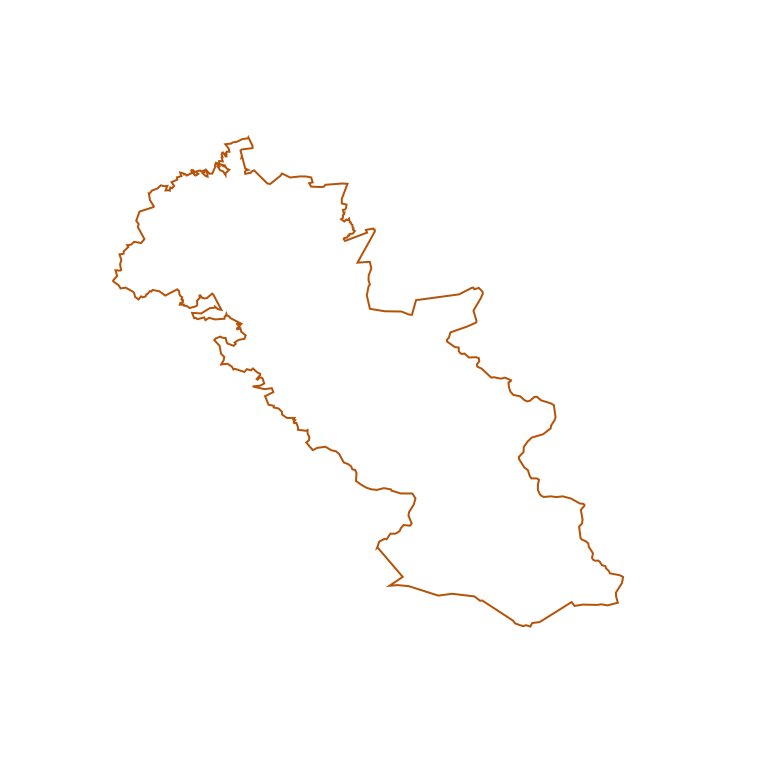 outline of Jalpan de Serra, Querétaro, Mexico, rotated 109°
{"feature_id": "50627088B24192997994058", "entity_name": "Jalpan de Serra", "entity_type": "district", "adm_level": 2, "iso_a3": "MEX", "parent_name": "Mexico", "parent_adm1": "Querétaro", "projection": "robinson", "projection_center": [-99.37, 21.384], "detail": "fine", "context": "isolated", "style": "outline", "palette": "amber", "viewbox_px": 768, "rotation_deg": 109, "n_neighbors": 0, "source": "geoboundaries", "source_scale": "gbopen_adm2", "svg_char_len": 6160}
<svg xmlns="http://www.w3.org/2000/svg" viewBox="0 0 768 768"><g transform="rotate(109 384 384)"><path d="M384.0,643.7L380.2,642.2L380.6,640.3L378.9,638.0L376.6,637.9L376.2,637.0L372.4,635.6L372.4,634.2L370.4,633.4L369.5,626.5L371.6,619.6L361.8,610.3L363.0,607.9L365.7,606.7L367.2,604.9L367.6,603.1L369.6,603.1L369.6,602.0L370.7,602.0L370.7,601.1L372.4,600.8L373.9,603.0L375.5,602.9L374.1,599.1L375.0,598.8L374.5,595.6L375.4,592.4L371.5,586.8L369.9,586.3L366.2,587.9L362.6,586.3L360.4,587.3L360.0,586.6L361.7,584.0L361.5,581.5L360.4,579.4L354.5,575.9L355.3,574.2L366.8,561.9L367.3,565.5L365.8,569.0L366.9,568.8L369.0,573.4L376.8,579.8L379.2,588.6L383.6,584.9L382.8,583.5L383.5,581.5L379.6,575.7L381.8,573.6L378.4,571.0L377.9,564.6L374.2,556.0L372.0,556.6L371.1,555.7L369.1,555.8L370.3,554.8L370.5,552.6L371.7,550.5L373.5,538.4L374.5,538.9L373.7,539.7L375.1,541.3L374.6,543.4L376.6,539.5L379.3,541.1L380.1,540.5L378.3,538.0L377.2,538.4L381.1,536.0L383.0,530.6L386.8,530.7L389.3,535.4L393.4,538.8L394.4,537.3L396.8,538.5L396.7,545.0L396.1,546.1L392.1,548.7L392.9,551.9L392.4,554.0L395.9,558.2L397.8,558.7L401.4,551.9L408.5,547.9L410.3,543.9L413.9,543.3L418.5,544.3L415.8,538.5L417.2,533.3L419.3,531.1L418.2,529.9L418.1,519.9L414.6,518.5L414.4,514.2L412.0,513.0L414.2,507.9L414.7,504.4L415.9,504.0L420.7,506.0L421.0,504.9L418.7,504.0L417.8,501.9L418.2,500.7L422.5,497.4L425.7,500.3L429.1,507.4L427.8,495.4L424.5,488.7L427.7,486.0L434.2,492.5L441.2,486.4L440.5,481.1L442.1,480.7L441.5,475.6L443.4,471.6L446.1,470.4L447.7,464.8L445.2,457.6L447.2,458.1L447.1,456.2L449.3,457.0L450.2,456.2L449.3,454.2L453.0,451.2L455.3,450.5L453.7,442.7L452.4,441.3L455.8,440.1L458.3,437.4L460.7,436.8L461.7,436.6L464.6,438.5L469.7,429.8L466.1,426.3L462.4,418.9L463.8,412.3L463.3,407.6L464.7,403.7L471.3,396.5L471.4,392.0L472.5,388.4L475.0,386.1L474.7,383.3L477.2,381.0L484.8,378.9L486.6,373.1L487.8,366.7L487.7,361.8L486.5,356.3L482.5,350.2L481.4,343.1L482.4,342.2L482.0,332.3L478.3,321.6L481.9,317.0L488.2,316.6L497.0,318.6L500.5,318.0L506.9,312.4L509.5,313.3L511.0,319.6L515.1,321.2L517.6,321.2L519.8,322.7L521.9,324.6L523.4,329.2L530.0,331.0L530.3,333.2L534.6,337.2L541.3,337.2L540.7,336.8L560.3,303.5L573.0,313.1L569.8,305.9L567.1,294.9L566.4,263.8L560.1,251.1L555.4,229.3L557.7,222.6L556.7,220.7L565.8,184.8L567.7,182.0L567.7,173.7L565.8,171.1L565.7,166.7L561.7,166.0L558.5,159.4L529.1,135.6L531.8,131.6L527.9,124.3L523.3,110.1L521.6,106.9L520.5,100.5L514.7,91.7L509.6,95.2L505.8,96.8L494.7,94.2L488.6,95.1L488.0,98.8L489.5,108.7L487.6,110.6L486.0,114.1L484.2,115.3L484.4,119.0L481.8,122.1L481.3,124.1L482.4,127.0L482.0,129.2L480.6,130.8L476.1,131.2L471.2,137.4L468.3,138.9L466.9,142.1L466.7,146.2L465.8,147.9L455.3,153.1L451.4,151.3L447.6,152.1L438.9,156.9L434.0,154.9L432.9,155.2L432.4,156.5L433.2,159.9L431.4,170.2L432.1,178.6L434.9,184.4L435.8,189.4L438.8,196.2L438.5,198.7L437.6,200.6L434.1,204.0L428.8,205.8L424.1,206.2L423.5,208.7L425.3,214.0L423.5,216.3L418.6,219.9L417.2,224.2L411.0,231.9L408.9,232.7L402.9,229.9L398.1,231.3L391.7,229.5L386.5,226.8L379.7,217.2L371.7,212.0L368.5,212.4L362.6,210.9L359.5,211.0L348.7,216.5L348.0,219.8L348.3,230.3L346.3,235.2L347.3,237.6L352.4,240.6L353.8,242.9L353.5,246.0L351.3,251.3L352.2,258.2L350.0,262.1L346.1,265.0L341.9,266.8L340.3,265.2L339.1,265.1L338.6,271.6L340.9,275.2L341.8,282.2L343.0,284.7L337.7,296.6L337.2,301.4L335.4,302.6L331.4,301.3L328.6,302.9L328.8,306.0L331.3,312.3L329.0,317.8L330.2,320.0L330.1,321.7L328.7,324.0L325.2,325.2L326.0,329.1L323.3,338.2L321.7,338.9L319.0,337.7L313.6,338.0L302.2,323.6L295.8,316.8L294.1,317.2L285.5,323.3L271.2,320.4L266.2,320.0L264.5,321.1L262.3,325.7L265.0,329.4L263.8,330.9L264.4,332.2L274.8,342.2L294.3,381.0L309.5,380.1L310.2,382.8L309.8,391.1L315.0,407.1L317.5,421.8L305.8,429.1L296.5,430.4L294.7,429.7L290.9,432.4L286.4,433.8L278.9,433.6L273.1,437.2L277.9,448.6L242.7,442.3L240.9,443.3L241.2,444.2L240.6,444.9L244.2,451.3L246.4,449.3L261.4,467.4L260.0,469.4L258.9,469.1L257.4,466.4L255.5,466.3L255.0,465.1L253.4,465.5L251.9,462.4L248.8,461.4L248.2,463.6L246.6,463.5L246.2,464.7L243.9,465.6L243.6,466.8L242.0,468.1L242.2,468.9L239.0,470.9L240.9,471.8L240.9,473.3L243.3,474.5L242.1,478.2L240.0,476.8L237.9,477.9L236.6,477.0L234.8,477.2L235.2,478.0L232.8,479.5L231.7,477.6L230.2,477.2L226.6,477.8L227.0,482.7L222.7,484.2L206.6,483.7L208.0,488.7L214.7,504.2L217.0,505.1L218.2,507.4L221.1,517.2L218.5,520.2L216.6,517.1L212.4,520.1L213.2,525.3L214.9,530.6L219.3,540.0L218.2,549.0L221.0,549.8L231.9,556.7L232.4,559.6L224.3,576.4L226.2,578.3L227.5,578.6L230.5,583.6L228.7,584.6L227.0,584.1L225.8,582.2L225.4,585.4L215.3,592.1L216.1,592.5L214.3,592.8L209.9,595.7L208.4,594.6L203.8,585.1L201.7,585.8L195.0,592.5L195.9,592.5L198.6,597.7L202.6,601.6L205.0,605.9L206.3,606.6L209.0,612.1L212.0,607.4L214.7,605.8L215.5,608.3L218.1,609.1L217.7,607.9L220.1,607.0L220.4,607.7L217.5,611.6L218.2,612.3L219.8,612.3L222.1,610.5L222.6,611.3L226.0,608.9L226.8,612.4L229.7,611.7L229.4,609.5L230.4,607.1L230.1,606.4L229.4,607.4L229.1,606.0L230.2,605.5L229.7,605.0L231.5,602.9L231.8,600.1L236.2,602.4L238.1,601.8L235.4,605.2L235.2,608.5L232.8,611.7L231.8,610.3L230.1,611.3L230.9,612.2L230.7,613.0L229.5,613.1L229.6,615.0L232.3,615.0L232.8,614.2L241.0,614.9L241.9,617.7L240.0,620.9L245.4,618.3L245.3,620.6L243.7,624.1L241.4,622.2L239.9,622.6L242.6,626.1L242.0,627.5L244.7,631.4L245.8,628.0L248.2,629.9L247.8,631.7L246.8,632.1L246.9,634.1L245.8,632.8L244.7,633.0L244.0,633.8L244.2,635.4L244.8,635.8L247.0,634.3L251.1,638.4L250.2,640.4L251.0,641.3L250.2,641.9L250.4,645.6L253.5,643.3L256.0,647.0L258.1,646.0L262.3,650.6L265.0,646.9L267.9,648.1L267.8,650.0L271.0,649.5L270.9,650.7L272.1,653.5L267.2,653.4L268.3,655.3L268.9,659.8L273.0,661.9L276.5,666.3L280.4,667.7L280.4,668.4L286.4,665.1L290.9,659.5L291.7,659.5L300.6,671.3L310.4,671.4L312.7,668.0L315.6,668.0L325.0,657.7L329.8,659.6L330.9,666.6L334.6,668.5L336.3,672.0L337.6,670.3L343.2,673.2L345.7,672.7L347.5,676.3L352.3,672.7L356.8,672.5L361.9,669.6L362.7,670.4L363.9,674.9L368.7,671.5L374.4,673.8L375.2,673.3L377.0,667.1L379.4,664.2L377.0,659.6L378.5,651.2L379.2,649.9L382.6,647.8L384.0,643.7Z" fill="none" stroke="#b45309" stroke-width="2"/></g></svg>